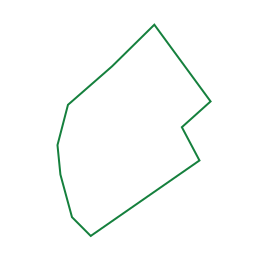 Gulistan city, Sirdaryo, Uzbekistan, rotated 247°
{"feature_id": "79887680B26381938594852", "entity_name": "Gulistan city", "entity_type": "district", "adm_level": 2, "iso_a3": "UZB", "parent_name": "Uzbekistan", "parent_adm1": "Sirdaryo", "projection": "albers", "projection_center": [68.761, 40.473], "detail": "fine", "context": "isolated", "style": "outline", "palette": "green", "viewbox_px": 256, "rotation_deg": 247, "n_neighbors": 0, "source": "geoboundaries", "source_scale": "gbopen_adm2", "svg_char_len": 288}
<svg xmlns="http://www.w3.org/2000/svg" viewBox="0 0 256 256"><g transform="rotate(247 128 128)"><path d="M43.2,51.5L70.2,181.1L107.7,177.9L120.2,214.4L212.8,192.6L191.0,137.4L172.8,81.8L139.8,56.4L111.6,47.6L67.8,41.6L43.2,51.5Z" fill="none" stroke="#15803d" stroke-width="2"/></g></svg>